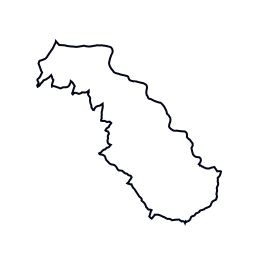 Nova Marilândia, Mato Grosso, Brazil (Natural Earth projection), rotated 49°
{"feature_id": "56859067B8874694960796", "entity_name": "Nova Marilândia", "entity_type": "district", "adm_level": 2, "iso_a3": "BRA", "parent_name": "Brazil", "parent_adm1": "Mato Grosso", "projection": "natural_earth1", "projection_center": [-57.302, -14.299], "detail": "fine", "context": "isolated", "style": "outline", "palette": "ink", "viewbox_px": 256, "rotation_deg": 49, "n_neighbors": 0, "source": "geoboundaries", "source_scale": "gbopen_adm2", "svg_char_len": 5823}
<svg xmlns="http://www.w3.org/2000/svg" viewBox="0 0 256 256"><g transform="rotate(49 128 128)"><path d="M237.2,147.3L236.3,145.7L237.2,145.5L237.4,144.6L237.9,143.4L237.9,141.7L237.5,140.5L237.1,139.7L236.6,138.8L236.7,137.4L237.4,136.3L237.6,135.2L237.1,132.7L237.6,131.4L238.1,129.2L237.6,128.3L237.8,127.2L238.3,126.3L239.3,124.0L239.3,122.9L239.5,121.9L239.9,120.9L240.7,118.3L240.8,116.9L240.2,115.6L239.5,114.3L239.0,113.0L239.0,111.6L239.3,110.2L239.8,109.2L239.5,107.8L238.9,107.3L238.5,106.1L237.7,105.6L237.0,105.1L236.0,104.7L235.1,103.7L234.3,102.5L233.6,101.7L232.7,101.1L231.7,100.6L231.1,99.7L230.5,98.6L230.0,97.3L229.0,96.4L228.3,95.8L227.1,95.4L226.6,94.7L225.7,93.9L224.4,92.9L224.5,91.3L224.1,89.9L223.5,88.7L222.7,87.5L221.9,86.4L220.9,86.9L219.7,88.2L219.3,89.1L214.1,88.4L212.7,91.0L212.2,92.1L211.9,93.2L211.4,93.9L209.6,95.6L208.5,96.0L207.2,96.8L206.3,96.9L205.3,97.6L204.5,97.5L203.5,98.4L202.6,98.0L201.8,98.3L201.5,96.7L200.9,95.1L200.2,94.2L199.4,93.6L198.2,93.2L196.6,93.6L196.0,94.3L195.0,95.2L193.9,95.9L192.4,96.3L190.5,96.2L189.3,95.7L188.5,95.3L187.5,94.8L186.1,94.0L184.8,93.3L184.3,92.1L183.7,90.7L182.5,89.7L181.7,89.3L180.8,89.3L179.0,89.2L177.5,89.0L176.6,89.3L175.3,89.5L173.6,89.5L172.0,88.1L170.8,87.2L169.6,87.1L168.8,87.1L167.6,87.6L167.0,88.4L166.4,88.9L165.6,89.7L164.6,90.7L164.0,91.2L163.1,92.0L161.9,93.0L161.3,93.9L160.7,94.6L159.8,95.3L158.8,95.7L157.1,96.2L154.9,96.4L153.7,96.0L152.7,94.8L151.9,93.7L151.4,92.7L150.9,91.9L149.7,90.6L148.1,89.5L146.3,89.2L145.3,89.0L143.6,89.1L142.7,89.2L141.4,88.4L139.8,87.7L135.3,86.6L132.7,86.6L131.6,86.6L130.1,87.0L129.2,87.8L126.4,89.5L125.7,89.8L124.8,90.4L123.3,90.9L122.3,91.4L121.1,91.8L120.0,92.7L119.1,93.1L117.1,92.5L116.3,92.3L115.5,92.3L113.9,91.4L113.1,90.8L111.6,89.2L110.8,88.1L110.0,87.2L109.3,86.6L108.4,86.2L107.6,86.0L106.8,86.1L104.4,86.9L101.5,89.1L100.4,89.8L99.6,90.5L98.7,90.9L98.0,91.5L97.3,92.1L96.5,93.1L94.3,94.7L93.3,95.1L92.3,95.3L90.7,94.8L89.7,94.3L88.6,94.4L87.5,95.1L85.4,96.5L84.7,97.2L84.0,97.6L82.8,98.5L80.9,99.6L78.7,101.1L77.7,101.6L76.6,102.0L75.8,101.9L75.0,101.8L72.3,101.7L70.9,101.5L69.5,101.2L67.2,100.2L66.1,99.2L65.0,97.6L63.8,96.1L63.3,95.1L61.9,92.7L61.6,91.8L60.8,90.1L59.9,89.1L58.9,88.5L57.8,88.1L56.1,87.9L54.8,88.5L51.4,90.9L50.5,91.7L49.5,92.7L48.8,93.2L48.1,93.9L47.2,95.0L46.7,95.7L45.3,97.0L43.9,99.5L43.1,100.6L42.6,101.7L41.8,102.7L41.4,103.5L40.8,104.1L39.5,105.4L38.8,105.9L38.1,106.6L37.3,107.0L36.7,107.6L36.3,108.6L35.4,109.9L33.8,112.6L32.9,113.6L32.4,114.4L31.7,114.9L31.1,115.5L30.3,116.2L29.8,116.8L29.2,117.4L26.0,120.3L24.7,121.0L23.3,122.3L20.2,125.5L15.2,125.5L16.0,126.4L16.4,127.3L16.9,128.8L17.5,130.1L18.4,132.2L18.9,133.7L19.2,135.4L19.7,136.9L20.0,138.4L20.5,139.7L20.6,140.9L21.1,142.0L21.4,143.5L21.4,144.7L21.3,145.8L20.7,147.2L20.1,149.0L19.5,150.0L19.4,151.2L20.7,153.2L28.5,156.2L29.7,156.3L31.3,160.0L31.8,161.7L31.9,164.4L32.4,165.0L35.0,165.7L35.8,166.5L35.9,167.8L36.3,168.6L37.6,169.1L37.9,167.6L37.7,166.0L37.3,164.9L37.1,162.2L36.6,160.3L37.0,159.5L37.6,157.8L37.8,155.6L38.0,154.6L37.7,151.3L38.5,151.6L39.3,151.7L41.1,152.7L42.8,152.8L43.9,154.6L45.4,157.0L46.9,158.1L47.2,157.2L47.8,156.4L49.8,155.2L52.6,153.6L53.8,153.0L54.2,152.0L54.4,151.0L55.1,149.7L55.9,148.9L57.1,147.3L57.5,145.7L57.1,144.1L56.4,142.4L55.9,141.3L55.0,140.4L57.1,140.0L61.4,140.7L61.9,141.8L63.0,143.5L63.4,144.4L64.1,145.2L64.5,146.0L64.9,146.9L65.4,147.6L66.4,147.6L66.3,146.4L66.4,145.3L67.3,144.2L69.9,142.8L70.4,141.9L70.7,141.0L71.0,140.0L70.9,139.2L72.4,137.9L73.4,136.6L73.8,135.9L74.1,134.3L74.1,133.2L75.4,134.3L76.0,135.8L77.2,136.4L78.3,136.5L79.1,136.5L79.9,136.6L80.9,137.2L81.5,137.8L82.5,138.8L83.7,139.5L85.0,140.2L86.3,140.6L87.1,141.0L87.8,141.6L88.6,142.1L90.5,142.3L91.3,142.6L92.1,142.0L91.4,140.4L91.2,139.4L91.1,138.1L91.4,136.8L92.6,134.7L92.8,133.3L92.9,132.4L93.0,131.2L95.4,133.1L98.0,136.3L98.7,137.4L99.4,138.0L100.3,138.7L101.0,139.2L101.5,140.0L102.1,140.5L102.8,141.0L103.5,141.5L104.0,142.7L104.8,143.5L105.9,142.8L106.8,141.5L107.7,140.7L108.7,140.4L109.9,139.8L110.4,138.7L111.2,137.7L112.2,137.5L113.3,137.4L113.9,140.3L114.2,141.1L114.7,142.0L114.4,143.0L114.3,144.3L114.9,146.6L115.8,146.6L116.5,146.0L117.7,145.4L118.5,145.7L119.6,145.9L120.1,146.6L120.3,147.6L120.8,148.5L121.4,149.1L122.2,149.4L122.9,150.0L123.4,151.0L124.4,152.0L125.3,152.6L126.3,153.0L127.3,153.0L128.1,152.7L129.4,152.0L129.9,155.3L129.4,156.2L129.0,156.9L129.0,158.0L129.2,159.1L128.7,160.1L128.4,161.2L128.4,162.1L128.6,163.5L128.6,164.9L128.2,166.4L129.0,166.6L130.0,166.0L131.1,165.1L131.9,164.6L132.9,164.2L134.0,164.0L135.5,164.5L136.5,165.0L137.3,165.2L138.1,165.4L139.8,165.3L141.7,165.2L143.2,165.1L144.3,164.6L145.1,164.0L146.1,163.2L147.1,162.6L148.3,162.4L150.3,162.4L151.1,162.7L152.1,162.9L153.0,162.9L154.0,162.7L154.9,161.8L155.9,160.9L156.6,160.4L157.3,160.4L158.5,160.1L159.4,160.1L160.2,159.9L161.1,159.4L161.7,158.8L162.8,158.6L163.7,158.7L164.4,158.3L165.2,157.7L166.0,157.3L167.6,157.6L168.1,158.9L168.5,160.4L168.6,161.3L169.3,162.9L169.3,164.8L170.1,164.5L171.6,163.4L172.8,162.3L173.8,162.9L174.8,162.8L176.0,163.4L178.3,163.2L186.8,164.4L187.9,164.3L189.2,164.1L190.1,164.1L191.0,164.6L191.7,165.4L192.6,165.3L193.3,165.1L194.3,165.0L195.2,164.9L197.2,165.2L198.0,165.5L198.9,165.9L199.9,166.2L200.8,166.0L201.8,166.2L203.1,166.0L204.0,165.0L204.7,164.4L205.5,164.1L205.7,165.1L207.0,167.1L208.2,169.0L208.8,170.0L210.4,169.9L211.9,169.6L211.7,167.9L211.0,164.5L212.0,163.6L212.6,162.7L213.5,161.9L215.1,161.0L216.9,160.2L218.0,159.8L218.8,159.2L221.0,158.5L221.9,158.1L222.7,157.7L223.3,156.8L224.2,156.0L225.3,155.6L226.5,155.3L227.2,154.1L229.0,151.5L229.8,150.6L230.5,149.5L231.6,149.4L232.8,148.9L233.6,148.9L234.2,147.8L235.1,147.3L235.9,146.9L237.2,147.3Z" fill="none" stroke="#020617" stroke-width="2"/></g></svg>